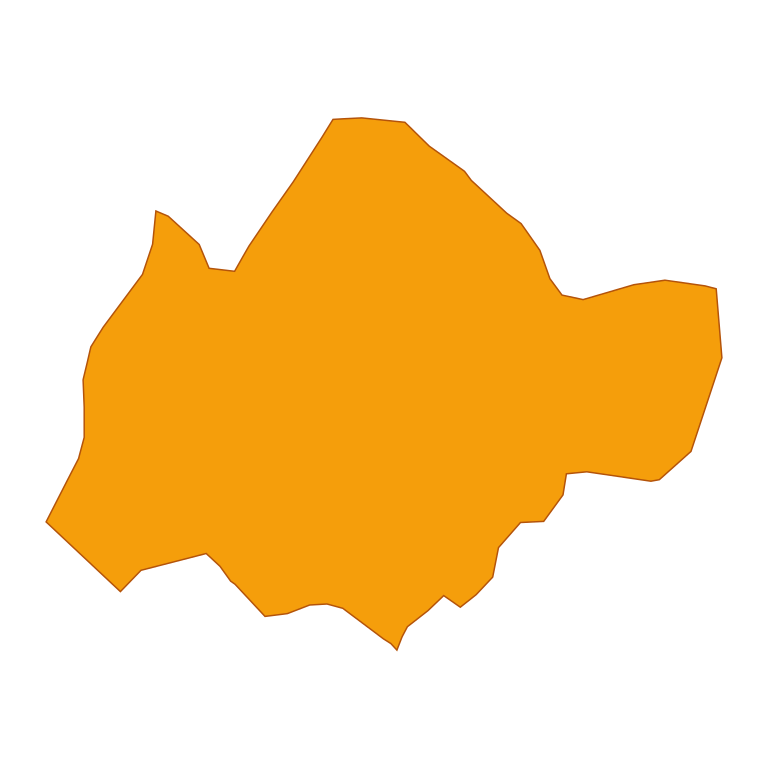 Moba, Ekiti, Nigeria (Equal Earth projection)
{"feature_id": "59680162B58812788921078", "entity_name": "Moba", "entity_type": "district", "adm_level": 2, "iso_a3": "NGA", "parent_name": "Nigeria", "parent_adm1": "Ekiti", "projection": "equal_earth", "projection_center": [5.122, 7.996], "detail": "fine", "context": "isolated", "style": "filled", "palette": "amber", "viewbox_px": 768, "rotation_deg": 0, "n_neighbors": 0, "source": "geoboundaries", "source_scale": "gbopen_adm2", "svg_char_len": 1115}
<svg xmlns="http://www.w3.org/2000/svg" viewBox="0 0 768 768"><path d="M46.1,521.9L120.4,591.6L141.0,570.3L206.2,553.5L220.0,566.3L230.7,581.2L235.0,584.2L265.0,616.4L281.2,614.4L287.4,613.6L309.7,605.0L327.0,604.0L342.8,608.3L383.5,638.9L390.9,643.6L396.9,650.1L401.8,637.5L402.5,636.0L407.4,626.7L427.9,610.7L443.7,595.6L460.3,607.2L476.1,594.7L492.7,577.1L498.5,547.6L520.5,522.5L543.7,521.4L563.0,494.9L566.4,473.8L586.8,471.8L650.9,481.2L659.3,479.7L691.0,451.4L721.9,357.8L716.2,288.8L705.1,285.9L664.9,280.2L633.9,284.7L583.1,299.6L562.0,295.1L549.9,278.7L539.9,250.4L526.6,231.4L521.1,223.6L506.7,213.2L471.3,180.4L464.5,171.3L448.1,159.6L429.3,146.2L415.2,132.4L412.6,129.8L404.9,122.3L361.8,117.9L343.3,118.8L333.0,119.4L322.0,137.2L294.3,180.2L293.2,181.9L272.2,211.7L249.0,246.0L242.8,256.8L234.6,271.3L219.4,269.5L209.1,268.3L199.2,244.5L168.2,216.2L167.2,215.8L155.9,211.0L152.6,244.2L142.5,274.4L103.2,327.2L98.6,334.5L90.9,346.8L90.1,350.1L87.2,362.7L83.3,378.9L83.1,380.0L84.2,407.2L84.2,437.4L79.9,453.5L78.6,458.5L67.0,481.0L46.1,521.9Z" fill="#f59e0b" stroke="#b45309" stroke-width="1.5"/></svg>